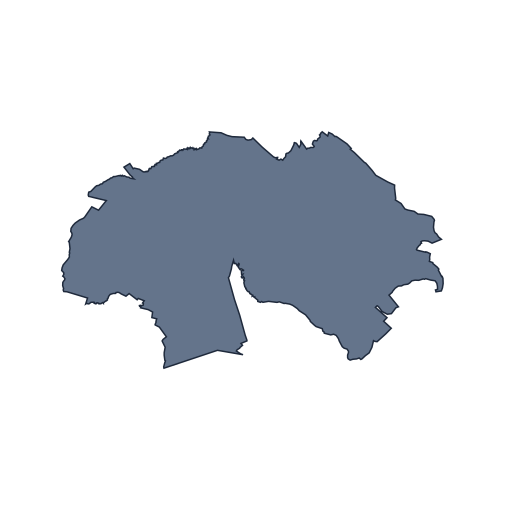 Supur, Satu Mare, Romania, rotated 32°
{"feature_id": "2599482B47171658454512", "entity_name": "Supur", "entity_type": "district", "adm_level": 2, "iso_a3": "ROU", "parent_name": "Romania", "parent_adm1": "Satu Mare", "projection": "mercator", "projection_center": [22.793, 47.46], "detail": "fine", "context": "isolated", "style": "filled", "palette": "slate", "viewbox_px": 512, "rotation_deg": 32, "n_neighbors": 0, "source": "geoboundaries", "source_scale": "gbopen_adm2", "svg_char_len": 6121}
<svg xmlns="http://www.w3.org/2000/svg" viewBox="0 0 512 512"><g transform="rotate(32 256 256)"><path d="M237.4,399.9L273.3,356.4L297.3,346.6L294.8,347.1L289.7,347.0L289.7,345.4L291.0,342.9L290.9,342.1L291.9,338.9L289.6,338.1L293.3,332.8L292.9,332.2L288.6,328.7L273.6,314.9L260.8,304.3L244.1,289.0L244.1,287.1L242.0,280.1L240.9,277.6L239.2,271.5L241.6,273.9L242.7,273.0L245.1,274.1L245.3,271.5L246.0,271.7L246.7,274.7L249.1,275.8L249.8,276.0L249.7,275.1L250.5,274.6L253.6,274.7L251.7,275.6L251.6,276.6L253.5,279.2L254.0,279.5L254.5,278.7L254.6,281.5L255.9,282.0L256.6,281.3L256.4,280.3L257.6,280.7L258.0,281.1L258.1,283.0L258.3,282.4L258.8,283.3L259.4,283.1L259.9,285.1L262.8,288.0L264.1,288.4L264.6,289.2L265.0,289.0L266.6,290.1L268.3,290.4L269.0,289.9L270.7,291.1L271.3,290.7L271.7,291.1L273.7,291.1L274.0,291.9L274.3,291.2L274.8,291.7L276.2,291.9L276.6,291.3L277.2,292.0L280.9,292.5L281.6,293.6L284.4,292.9L284.9,291.6L286.4,291.6L290.7,287.8L298.4,284.2L300.0,282.5L305.0,281.4L305.7,280.7L310.1,278.9L313.2,278.4L318.9,278.7L321.7,279.5L329.2,279.6L336.0,281.9L336.7,282.7L342.5,283.8L344.4,284.0L350.7,282.5L352.5,284.3L353.8,284.3L354.8,285.3L361.2,283.3L363.3,281.2L366.1,280.8L369.7,282.4L371.7,284.0L377.2,287.2L379.6,287.5L382.5,286.7L384.8,287.7L385.6,288.9L386.2,291.5L387.6,293.7L388.7,294.4L391.0,294.4L392.9,292.2L395.8,290.0L397.6,287.8L399.7,288.2L400.4,287.1L401.6,282.5L403.3,278.2L402.7,272.0L400.5,265.5L402.1,265.4L404.1,264.5L407.3,253.3L409.0,245.6L398.8,243.7L399.8,238.9L384.5,236.3L384.9,234.3L385.3,233.9L387.4,234.3L392.1,236.2L394.3,236.1L398.2,235.8L401.4,233.1L402.1,225.7L403.7,223.6L389.5,218.7L390.7,214.8L390.6,213.4L391.1,209.6L392.6,206.1L395.3,204.2L396.5,202.1L399.7,199.4L400.6,197.5L401.3,194.5L403.7,192.2L406.9,190.4L409.9,186.9L411.3,186.4L411.9,185.3L417.0,183.8L421.0,182.1L423.8,183.3L425.9,185.5L427.6,188.0L426.2,189.7L427.6,191.0L431.7,187.4L431.0,184.2L429.3,180.2L426.4,175.9L424.9,174.8L424.3,174.6L424.2,175.0L418.2,171.4L418.0,170.2L415.6,169.4L410.1,168.7L409.4,167.9L405.9,168.7L405.2,166.9L403.8,164.9L402.6,161.7L399.0,162.1L397.8,162.5L397.9,162.9L389.5,165.7L388.7,165.5L388.4,163.7L388.8,160.5L389.3,159.5L389.0,158.3L389.6,157.4L388.3,156.6L389.0,155.1L390.9,153.7L394.1,152.2L398.5,151.8L404.4,143.6L400.7,143.1L397.5,141.6L395.4,141.4L393.6,140.2L391.3,137.6L388.8,132.7L388.5,131.3L387.6,130.5L384.0,129.3L376.3,131.8L371.1,134.6L366.5,134.3L360.3,136.6L357.3,137.2L351.2,134.6L344.5,134.6L343.9,133.0L337.5,125.0L336.0,122.4L328.6,123.4L314.8,124.1L309.1,121.9L299.9,119.1L298.3,119.2L284.7,116.2L279.3,115.5L279.7,114.3L273.8,112.7L261.5,112.1L260.3,112.2L259.7,112.9L256.0,112.2L252.2,112.7L253.2,116.2L246.3,115.6L246.2,116.7L245.7,117.6L246.1,118.6L245.7,119.7L246.8,120.2L247.3,121.4L246.3,124.2L246.8,125.5L246.4,126.2L244.4,127.0L243.8,128.3L244.5,131.2L247.3,132.2L247.3,133.2L246.9,133.8L244.9,134.9L244.0,136.4L242.8,137.1L242.3,138.5L233.1,134.7L233.5,135.7L234.8,137.3L235.1,141.0L230.6,139.0L228.6,139.4L228.4,140.0L228.8,140.4L229.2,142.2L229.8,148.2L228.9,151.4L227.6,152.7L227.3,153.5L228.5,156.2L228.0,158.5L227.9,160.6L225.8,160.6L224.8,162.5L222.2,162.9L222.4,161.3L222.1,160.9L220.4,162.4L218.3,162.7L203.6,160.4L190.8,157.6L190.4,159.7L187.8,162.0L185.5,162.5L183.1,161.5L172.4,167.5L167.4,169.1L161.1,170.0L150.9,175.4L151.5,175.7L151.3,176.4L151.9,177.4L152.8,177.7L152.5,179.1L152.1,179.7L152.5,180.5L152.5,181.4L153.4,181.8L152.7,182.2L153.3,183.6L153.0,184.7L153.6,185.4L152.6,187.3L153.0,188.1L152.5,188.6L152.4,189.4L153.0,190.5L152.4,192.2L152.8,193.2L151.1,194.0L150.8,195.5L149.8,196.7L148.7,196.5L149.0,197.3L147.4,197.2L147.7,197.9L147.2,198.1L147.5,198.4L147.2,198.7L147.0,198.3L145.7,197.8L145.9,198.2L145.3,198.4L145.4,199.0L144.9,198.1L143.5,198.7L143.2,199.6L142.6,199.0L142.5,200.2L141.0,200.3L141.6,201.2L141.6,201.8L140.5,201.4L140.6,202.2L138.0,203.5L137.9,205.0L137.5,204.8L136.5,205.4L136.5,206.2L135.1,206.7L135.2,207.4L134.3,209.1L135.0,209.6L132.9,212.4L132.6,214.3L131.7,215.6L130.6,216.2L129.3,218.2L128.3,219.1L128.3,220.3L127.4,221.4L125.6,222.0L126.1,223.9L124.8,225.0L124.3,226.1L124.7,227.7L123.7,228.5L123.2,229.9L122.4,230.2L122.5,230.7L123.2,231.4L121.9,232.0L122.1,232.6L121.9,233.1L122.4,233.9L120.3,235.4L120.5,237.7L119.2,238.2L119.2,239.2L119.5,239.5L119.7,240.9L119.5,241.8L118.9,241.7L118.4,242.6L117.9,242.5L117.5,243.4L115.8,244.4L111.3,244.2L106.1,246.0L105.6,247.1L100.0,244.5L96.9,250.6L106.3,254.0L109.4,254.5L109.8,255.1L111.4,255.3L108.1,256.7L106.6,256.5L104.4,257.5L101.9,257.7L101.1,258.7L100.1,258.3L99.8,259.0L99.1,259.2L99.2,259.6L98.1,259.6L97.9,260.2L97.2,260.4L94.4,263.3L93.1,264.1L92.3,266.2L91.4,266.9L90.8,269.0L90.3,269.3L88.8,272.5L87.4,274.4L87.5,275.6L87.3,276.3L86.0,277.5L85.4,279.2L83.6,280.9L83.0,282.6L81.7,288.8L80.3,290.5L81.4,293.2L82.5,294.1L99.7,288.3L98.2,300.6L90.7,301.3L90.1,313.7L89.7,315.4L87.3,318.9L85.2,323.9L84.6,327.0L84.5,330.5L85.9,333.3L87.6,334.1L88.7,335.3L89.4,337.8L89.5,343.1L90.3,343.2L94.4,348.4L95.7,351.8L96.4,352.1L96.9,353.8L98.3,355.8L98.2,358.8L97.2,365.6L97.8,368.7L98.9,371.3L101.7,372.0L102.7,373.3L102.8,375.5L103.9,375.5L106.0,376.5L106.4,377.9L106.1,379.4L106.2,380.8L107.7,383.5L110.1,385.6L110.5,387.0L111.8,388.0L114.7,386.5L135.4,380.9L137.0,387.0L137.6,385.8L139.0,385.6L139.9,384.8L140.5,382.8L143.1,381.0L143.6,381.1L143.7,381.8L145.2,381.6L145.8,381.1L145.6,380.4L146.2,379.7L147.1,379.8L147.5,379.4L148.3,379.8L148.9,379.0L149.7,378.8L150.6,376.8L151.6,377.0L151.2,376.4L151.6,376.1L152.4,373.8L152.9,373.4L153.3,372.0L152.7,371.2L152.9,370.0L152.4,368.4L152.7,365.8L154.7,363.5L156.8,362.1L156.6,361.2L158.0,360.0L159.4,359.5L161.7,359.6L167.0,359.0L168.3,355.1L178.4,356.1L178.6,354.4L184.9,353.2L184.7,356.0L185.6,355.9L186.4,357.4L185.4,358.6L184.3,358.9L183.4,359.8L184.0,360.4L185.2,359.9L185.6,361.1L193.0,358.6L198.0,358.3L200.3,363.4L205.1,361.9L205.8,364.5L206.3,364.8L206.7,367.5L207.0,367.9L211.7,367.5L222.8,372.0L221.4,376.0L221.4,377.8L227.3,381.5L229.3,386.5L230.7,388.8L234.0,392.8L234.8,392.9L235.3,395.3L236.5,399.0L237.4,399.9Z" fill="#64748b" stroke="#1e293b" stroke-width="1.5"/></g></svg>